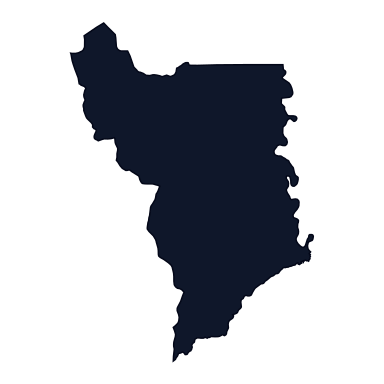 outline of Centinela del Condor, Zamora Chinchipe, Ecuador
{"feature_id": "8360857B40845623315832", "entity_name": "Centinela del Condor", "entity_type": "district", "adm_level": 2, "iso_a3": "ECU", "parent_name": "Ecuador", "parent_adm1": "Zamora Chinchipe", "projection": "robinson", "projection_center": [-78.739, -3.948], "detail": "fine", "context": "isolated", "style": "filled", "palette": "ink", "viewbox_px": 384, "rotation_deg": 0, "n_neighbors": 0, "source": "geoboundaries", "source_scale": "gbopen_adm2", "svg_char_len": 5982}
<svg xmlns="http://www.w3.org/2000/svg" viewBox="0 0 384 384"><path d="M283.3,69.2L282.9,64.7L245.4,64.7L216.5,64.9L197.5,65.4L189.7,65.3L189.1,65.0L188.2,62.8L187.3,62.6L185.7,62.7L184.5,63.2L182.8,64.2L181.3,65.6L180.1,66.2L178.0,67.7L176.7,68.2L176.1,72.0L175.2,73.8L174.5,74.7L173.6,75.3L171.3,76.3L170.5,76.5L169.8,76.4L166.7,75.2L162.1,76.7L159.8,75.8L156.6,75.1L154.3,74.8L153.0,74.8L149.8,75.6L146.0,75.3L143.4,73.5L140.4,72.3L138.6,72.0L137.2,70.9L136.9,70.3L133.8,67.1L130.0,56.0L127.6,51.0L120.9,51.0L119.6,50.6L118.3,49.8L117.5,49.0L116.5,47.1L116.3,46.0L115.7,37.8L115.2,34.6L107.3,26.8L103.7,23.0L96.6,27.3L84.1,35.8L84.7,39.3L84.6,46.4L84.4,47.6L83.1,50.2L82.2,51.0L78.5,52.8L75.7,53.4L71.9,53.4L70.7,53.2L71.1,54.4L72.2,60.7L73.3,64.4L75.0,69.4L78.2,77.8L79.2,83.8L80.2,84.3L81.0,85.1L84.5,86.5L85.8,88.2L85.9,88.7L85.4,89.3L84.8,90.6L83.8,94.8L84.0,96.9L85.1,99.8L84.9,100.8L84.2,102.1L83.2,105.0L83.3,106.7L83.8,108.6L83.8,110.6L85.7,115.8L86.6,117.8L87.7,119.1L91.3,122.6L92.4,124.1L92.7,125.2L92.6,127.0L93.0,127.5L94.1,128.7L95.7,129.3L96.1,129.9L96.2,130.7L96.1,131.4L94.7,134.5L94.2,136.1L94.2,137.4L94.5,138.4L95.3,139.2L97.7,140.3L98.2,140.8L102.4,139.3L104.4,138.8L107.7,138.9L111.0,138.6L114.4,137.7L114.9,138.7L115.2,142.3L115.6,143.8L117.7,148.2L117.7,150.2L117.0,153.7L117.0,157.4L116.4,160.3L117.9,162.1L120.1,165.7L122.3,168.3L125.8,170.4L127.0,170.4L128.7,170.0L129.7,170.0L132.1,171.8L138.5,175.8L139.1,176.6L139.9,179.7L141.0,181.9L141.8,183.0L142.7,183.5L145.3,183.8L152.9,183.9L156.2,184.9L157.7,185.2L159.8,186.2L158.1,190.8L157.1,192.8L156.2,194.1L155.6,197.7L155.1,199.6L152.4,204.2L151.3,205.6L150.6,207.3L149.6,215.6L149.0,217.5L148.6,220.8L148.0,222.5L147.3,227.4L147.3,229.0L149.0,231.4L153.4,235.8L155.6,239.5L156.1,240.9L156.4,242.3L158.0,247.9L158.3,250.5L158.4,254.4L158.7,256.0L160.2,257.4L163.8,259.4L168.3,262.6L170.1,264.2L171.3,265.4L172.2,267.1L173.6,273.1L173.9,276.5L173.9,281.2L174.1,283.1L174.3,284.7L174.8,285.7L175.8,287.0L177.4,288.2L180.0,288.7L182.0,289.9L184.2,292.4L183.6,293.4L182.7,295.6L180.7,301.4L177.5,307.5L177.2,308.6L177.2,310.7L178.7,314.7L179.2,317.3L178.8,320.9L178.3,322.3L177.7,323.4L175.3,325.8L173.3,327.4L174.6,330.8L175.6,334.3L175.4,336.5L173.9,342.0L173.7,344.1L173.7,346.1L174.3,349.1L173.5,356.3L173.3,361.0L175.4,359.4L176.1,357.8L177.5,356.0L178.5,353.5L180.5,353.0L181.7,352.5L182.1,352.2L182.7,352.0L184.0,352.9L185.1,354.5L185.7,354.6L186.8,354.4L187.4,354.0L187.9,352.9L189.2,351.5L189.6,351.1L190.6,350.9L191.5,349.5L192.2,347.1L191.7,345.1L192.8,343.3L194.1,342.4L194.4,341.9L194.8,339.6L195.1,339.1L196.7,338.1L197.8,337.8L200.9,338.1L203.3,338.1L203.9,338.0L205.0,337.2L206.5,337.9L207.5,338.1L208.4,337.3L209.6,337.4L211.1,336.5L215.0,336.7L218.1,336.6L219.5,336.3L222.3,334.8L223.0,334.8L224.1,335.5L224.6,335.6L225.9,334.7L226.4,333.8L226.7,331.6L228.2,328.4L228.4,327.7L228.1,324.4L228.3,323.0L228.7,321.5L229.9,320.1L232.2,318.5L233.0,317.7L233.5,316.1L233.4,315.5L232.8,315.2L232.6,314.7L235.8,313.6L237.0,312.9L237.5,312.3L238.1,310.8L238.8,309.7L240.4,308.4L241.1,307.4L241.3,306.8L240.8,302.1L241.1,300.3L241.3,299.7L243.1,298.5L244.4,296.0L245.2,295.6L246.4,295.4L247.9,295.9L249.7,295.8L251.0,295.2L251.4,294.7L252.5,292.3L254.4,289.1L255.4,287.9L260.9,283.8L262.7,283.6L263.6,283.2L265.1,281.2L267.3,279.7L270.7,276.7L273.3,275.7L274.7,274.6L275.5,273.7L277.1,273.6L278.0,273.3L278.9,272.6L279.1,272.1L280.6,270.2L281.9,269.2L283.1,267.8L284.1,267.5L285.4,267.6L286.4,267.2L288.2,267.1L289.3,266.5L291.7,266.0L293.0,265.2L293.9,265.3L294.7,264.9L295.1,264.9L295.5,264.6L296.0,263.7L297.6,262.8L298.1,263.0L298.2,264.1L299.6,264.5L300.6,263.5L301.5,263.2L300.9,262.3L301.0,261.6L302.0,261.8L302.3,261.2L303.3,262.2L303.6,260.7L304.5,260.9L305.1,260.1L306.0,260.3L306.6,260.8L307.7,260.7L308.6,261.2L308.9,260.7L308.9,259.9L310.0,258.8L309.7,257.8L310.4,256.3L309.7,255.3L310.2,254.6L309.4,254.2L309.2,253.5L309.5,253.0L310.0,252.8L310.6,251.9L309.2,250.6L308.1,249.1L307.7,247.4L307.5,245.7L308.1,243.0L308.8,241.8L312.1,240.4L312.6,239.7L312.9,238.9L313.2,237.2L313.3,236.1L312.7,235.0L311.8,234.6L309.8,234.6L309.2,235.0L308.9,235.6L308.7,237.3L307.4,239.3L305.7,244.7L305.0,246.2L303.7,247.3L302.5,247.3L301.6,247.0L300.1,245.9L298.1,243.9L296.8,241.9L296.2,240.4L296.0,238.8L296.5,237.2L297.8,234.9L298.3,233.7L298.4,232.6L298.5,231.6L298.3,229.9L297.5,227.3L297.7,223.7L298.2,222.6L298.4,221.4L298.4,220.3L298.0,219.8L296.9,218.9L293.5,217.6L293.2,216.6L293.0,214.8L294.7,212.0L297.0,209.3L298.3,207.1L298.8,205.7L299.0,202.2L298.7,200.9L297.4,199.4L295.8,199.0L294.3,199.1L291.5,199.6L290.7,199.3L290.0,198.1L289.7,196.9L289.2,195.9L287.4,193.1L286.4,190.7L286.4,189.2L288.3,186.2L288.5,183.3L288.2,181.6L286.3,178.6L286.2,177.3L286.5,176.3L287.0,176.0L288.9,176.0L290.0,177.0L290.8,180.6L290.9,183.2L291.3,184.8L291.8,185.5L293.0,186.2L294.4,186.1L296.5,184.4L297.2,183.2L297.8,181.1L298.1,179.5L298.1,177.6L297.6,176.9L295.4,175.4L294.3,172.6L293.3,167.9L292.6,166.9L292.0,166.3L289.4,162.6L288.8,161.1L287.7,160.2L286.3,159.8L286.1,159.4L284.7,158.3L283.2,157.6L281.2,156.2L280.3,156.0L278.1,156.0L275.9,155.3L274.7,154.5L274.0,152.5L274.0,150.8L274.4,149.8L276.7,146.8L277.3,145.6L279.8,144.7L282.8,145.5L284.4,145.6L285.3,145.5L286.6,144.4L286.9,143.6L287.2,142.6L287.2,141.7L286.6,139.3L286.0,138.4L284.3,136.8L283.7,136.0L282.9,134.0L282.7,133.0L282.8,128.7L283.0,127.0L285.1,125.1L285.8,124.0L286.9,121.1L288.1,119.4L289.0,118.8L290.6,118.6L293.8,121.3L294.4,121.3L294.9,121.2L296.2,120.1L296.8,118.7L296.7,117.8L296.3,117.0L295.1,116.2L293.3,115.9L289.5,115.9L288.5,115.7L287.6,115.3L286.5,113.6L284.7,110.1L284.5,109.1L284.6,107.2L284.2,106.6L281.5,104.0L281.2,103.2L281.5,98.7L281.9,98.1L289.2,97.3L290.9,96.6L292.5,94.3L292.7,93.5L292.7,92.1L291.8,88.3L290.5,85.1L289.0,83.0L283.4,79.2L282.3,78.2L282.2,77.8L282.4,77.0L285.0,74.4L285.5,73.5L285.7,72.4L285.6,71.5L285.0,70.7L284.0,70.1L283.3,69.2Z" fill="#0f172a" stroke="#020617" stroke-width="1.5"/></svg>